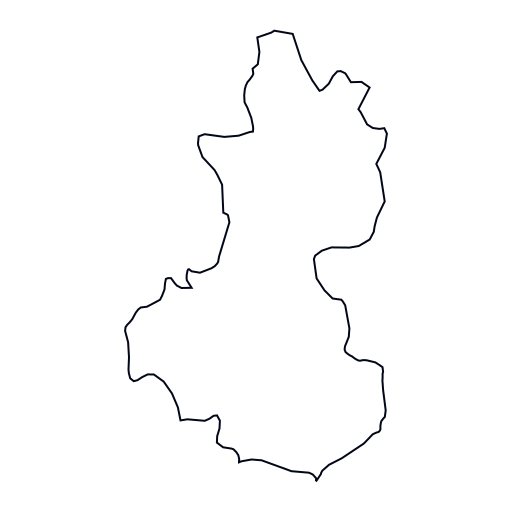 outline of Lempira
{"feature_id": "HND-652", "entity_name": "Lempira", "entity_type": "Department", "adm_level": 1, "iso_a3": "HND", "parent_name": "Honduras", "parent_adm1": "", "projection": "natural_earth1", "projection_center": [-88.611, 14.455], "detail": "fine", "context": "isolated", "style": "outline", "palette": "ink", "viewbox_px": 512, "rotation_deg": 0, "n_neighbors": 0, "source": "natural_earth", "source_scale": "10m", "svg_char_len": 2380}
<svg xmlns="http://www.w3.org/2000/svg" viewBox="0 0 512 512"><path d="M133.7,381.2L130.2,378.3L128.9,373.4L128.5,369.6L129.0,357.2L128.1,342.2L125.1,330.9L125.5,327.3L127.1,324.9L129.9,322.1L132.3,319.1L135.7,312.8L138.1,309.6L140.7,307.5L147.0,306.7L160.0,299.8L162.0,295.9L164.5,289.5L165.0,283.5L165.9,278.9L168.1,278.1L171.0,278.1L174.8,283.3L176.9,285.6L181.5,288.0L191.6,287.8L186.8,280.2L186.6,278.0L186.7,274.8L187.6,270.4L188.2,269.4L189.0,269.2L191.6,271.3L200.0,272.7L211.4,268.3L214.6,266.3L216.8,264.0L218.1,262.1L219.0,256.7L229.4,222.3L228.0,215.3L227.0,214.4L223.3,212.7L222.1,184.7L217.4,175.0L214.6,170.1L202.5,157.1L198.2,145.3L198.0,143.3L198.7,136.4L204.6,134.2L224.3,136.9L238.6,135.7L249.8,132.0L252.9,131.6L253.2,128.9L253.0,126.3L251.3,117.9L247.3,107.5L244.6,102.4L244.2,95.5L244.8,89.4L245.8,85.6L247.5,82.1L249.6,79.7L252.5,75.7L253.3,73.6L252.6,68.7L257.8,64.3L259.4,52.0L257.3,37.4L271.3,32.6L274.3,30.7L292.7,33.9L301.3,60.1L312.3,80.4L319.5,90.8L322.5,89.7L328.8,83.7L332.8,76.3L337.3,71.4L340.7,71.1L345.2,73.3L346.0,74.3L350.9,82.2L361.5,81.9L369.6,87.5L358.4,109.2L360.7,112.2L367.1,124.4L372.8,128.0L379.4,128.9L384.3,128.2L386.9,133.6L384.7,147.8L376.3,163.9L380.2,172.3L384.7,201.4L376.9,217.6L374.6,226.4L373.8,231.8L369.7,239.5L358.8,246.0L349.5,247.6L331.5,247.4L321.8,250.7L315.2,255.6L313.9,259.1L316.6,278.4L324.5,290.4L332.6,298.5L341.3,299.7L342.7,301.3L345.2,305.3L349.4,328.4L348.8,336.8L345.0,346.3L344.6,349.6L345.6,352.1L347.5,353.7L349.6,355.2L352.2,356.5L354.6,358.4L357.0,359.8L358.8,360.6L360.4,360.7L362.3,360.2L364.3,360.1L366.8,360.3L375.4,362.4L382.5,367.1L383.1,371.8L382.6,373.7L382.6,378.2L382.4,380.1L383.1,390.0L385.7,410.4L384.8,417.0L383.5,418.3L381.4,421.0L380.8,423.1L380.4,425.9L380.4,429.5L379.3,431.4L378.2,432.1L376.3,432.6L372.7,434.3L363.9,443.5L341.7,458.3L329.0,464.8L322.4,470.6L321.2,472.7L321.0,473.9L316.5,480.7L315.7,481.3L315.9,481.1L316.0,479.9L316.3,478.5L312.8,474.5L309.0,472.7L291.5,471.2L261.6,460.3L251.5,459.5L241.4,461.3L239.0,462.3L239.0,461.5L239.2,459.1L238.3,455.2L236.3,452.1L233.5,449.3L231.6,448.6L223.1,447.3L216.9,442.6L217.2,436.1L219.5,428.5L219.9,420.7L217.0,415.4L213.6,415.8L209.5,418.7L204.8,420.8L187.4,419.3L180.5,420.4L177.9,407.4L172.0,393.5L163.7,381.6L153.9,374.5L147.7,374.4L142.2,377.1L137.5,380.2L133.7,381.2Z" fill="none" stroke="#020617" stroke-width="2"/></svg>